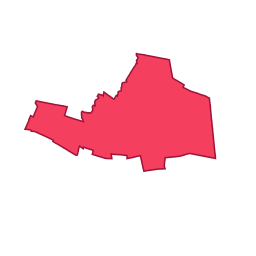 Selaru, Dâmbovita, Romania (Robinson projection), rotated 53°
{"feature_id": "2599482B55350646463650", "entity_name": "Selaru", "entity_type": "district", "adm_level": 2, "iso_a3": "ROU", "parent_name": "Romania", "parent_adm1": "Dâmbovita", "projection": "robinson", "projection_center": [25.307, 44.47], "detail": "fine", "context": "isolated", "style": "filled", "palette": "rose", "viewbox_px": 256, "rotation_deg": 53, "n_neighbors": 0, "source": "geoboundaries", "source_scale": "gbopen_adm2", "svg_char_len": 5493}
<svg xmlns="http://www.w3.org/2000/svg" viewBox="0 0 256 256"><g transform="rotate(53 128 128)"><path d="M93.5,196.1L96.5,194.9L97.6,194.4L98.9,193.8L106.0,190.9L106.0,191.0L106.6,190.7L111.0,189.0L112.9,188.2L116.2,186.9L117.9,186.2L118.0,186.2L118.4,185.9L118.6,185.7L118.7,185.4L119.1,184.8L118.9,184.5L118.6,184.2L118.3,183.8L118.1,183.4L117.7,183.1L117.3,182.7L117.1,182.5L116.6,181.7L116.3,181.4L115.1,180.1L114.4,179.2L114.2,179.0L113.6,178.2L113.3,177.5L113.7,177.4L113.8,177.3L114.1,177.3L114.3,177.2L114.6,177.2L114.9,177.0L115.0,177.0L115.1,176.9L115.8,176.8L117.4,176.4L117.6,176.3L116.5,175.2L124.8,169.3L126.6,171.2L127.5,172.4L131.4,169.6L132.4,168.9L136.2,166.1L137.6,165.1L138.1,164.8L138.2,164.7L138.7,164.3L139.2,163.8L139.5,163.4L140.9,161.7L141.3,161.3L141.6,160.9L141.7,160.6L141.8,160.5L142.4,159.8L142.8,159.4L142.3,159.0L142.0,158.8L141.5,158.6L140.9,158.4L140.5,158.1L140.0,157.8L139.0,157.4L138.6,157.2L139.5,156.2L140.2,155.5L140.6,155.0L141.1,154.5L142.5,152.9L143.4,151.8L143.9,151.2L146.0,148.8L147.0,147.9L147.4,147.5L147.9,147.0L148.1,146.7L148.8,146.0L149.1,145.6L149.4,145.4L150.0,145.8L150.7,146.3L151.0,146.6L151.9,147.2L152.2,146.6L152.5,145.9L153.7,143.4L154.3,142.3L154.5,141.6L154.6,141.3L154.9,140.8L155.0,140.5L155.2,140.0L155.6,139.1L155.7,138.8L156.1,137.9L156.3,137.5L157.0,136.0L157.5,134.8L159.6,135.7L160.3,136.0L164.6,138.0L167.7,139.4L172.1,141.3L172.7,140.1L174.8,136.2L176.0,134.1L176.1,133.7L176.9,132.5L177.6,131.0L177.9,130.7L178.2,130.0L178.6,129.2L180.6,126.3L182.9,122.9L181.1,122.3L180.8,122.2L180.3,121.9L179.9,121.7L176.8,118.8L175.6,117.6L175.1,117.0L174.1,116.1L174.5,115.6L174.7,115.2L175.0,114.8L175.6,113.7L176.0,113.0L176.5,112.3L176.8,111.8L177.2,111.2L177.3,111.0L177.5,110.7L178.5,109.0L179.6,107.4L179.7,107.0L180.3,106.0L180.7,105.4L181.3,104.4L181.7,103.5L182.0,102.9L182.1,102.7L182.3,102.1L182.6,101.4L182.8,100.9L182.9,100.7L183.2,99.8L183.3,99.5L183.5,99.1L183.6,98.7L183.9,97.9L184.3,96.7L185.2,94.7L185.4,94.2L185.5,94.0L185.6,93.9L186.4,93.2L187.3,92.3L187.6,92.1L188.0,91.6L188.5,91.3L189.8,90.1L190.5,89.6L190.6,89.4L192.4,87.7L193.2,87.1L193.8,86.5L195.8,84.7L196.6,84.0L197.5,83.2L198.3,82.5L199.5,81.4L200.8,80.3L201.3,79.8L201.9,79.2L204.3,77.0L204.5,76.9L205.0,76.5L202.5,74.8L199.7,73.3L196.8,71.5L195.1,70.5L190.5,67.7L184.8,64.2L182.2,62.7L179.6,61.0L177.0,59.5L172.1,56.5L171.5,56.2L163.7,51.4L159.0,48.4L157.0,47.4L153.1,45.0L152.3,45.5L150.9,46.1L150.6,46.3L150.1,46.4L148.8,47.0L148.7,47.2L147.2,48.2L144.3,50.3L143.2,51.0L142.8,51.1L140.0,53.1L138.6,54.2L136.9,55.3L136.1,55.9L135.2,56.4L134.1,56.9L132.6,57.6L131.5,58.1L129.0,59.5L128.7,59.6L127.5,57.3L124.8,58.2L116.1,61.9L115.9,61.8L115.2,62.4L110.8,60.2L105.3,57.5L99.5,54.5L98.5,53.9L96.2,55.8L94.3,57.6L82.0,68.7L81.3,69.4L81.1,70.0L80.8,70.0L80.5,70.0L80.2,70.2L77.8,72.5L76.9,73.5L75.0,75.4L74.2,76.1L73.8,76.2L73.6,76.5L73.8,76.8L74.6,77.2L75.0,77.5L75.4,77.4L75.9,77.5L76.3,77.7L76.8,77.5L77.1,77.4L77.4,77.5L78.2,78.1L78.4,78.4L78.6,78.7L78.7,79.3L78.9,79.6L78.8,79.8L78.9,80.1L79.1,80.5L79.7,80.9L81.1,81.4L81.3,81.5L81.7,81.7L81.9,81.8L81.4,82.4L81.3,82.6L81.5,82.9L82.1,83.8L82.3,84.3L82.5,84.7L82.8,85.4L83.1,86.3L83.0,86.5L83.3,87.3L83.5,87.9L84.1,89.3L84.9,91.4L85.2,92.1L85.3,92.4L85.3,92.6L85.7,93.3L86.3,94.9L86.8,95.9L86.8,96.3L88.1,99.3L88.5,100.4L88.7,100.9L89.7,100.9L90.2,101.0L90.4,101.2L90.4,101.4L90.3,101.7L88.8,104.5L88.6,105.0L88.8,105.8L89.2,106.4L91.0,107.9L91.5,108.8L91.8,109.4L92.2,109.7L92.9,110.0L93.4,110.4L94.2,111.3L93.6,112.4L93.4,112.7L93.4,113.0L93.2,113.4L93.2,113.7L93.3,114.3L93.7,114.6L94.6,115.3L95.4,116.5L95.9,117.1L96.0,117.3L95.5,117.3L95.2,117.5L94.9,117.7L95.5,119.2L95.6,119.4L95.8,119.9L96.2,120.8L96.5,121.6L96.5,121.8L96.3,122.0L94.8,122.5L92.5,123.2L91.4,123.5L91.1,123.7L90.2,124.0L84.8,125.6L87.4,128.5L86.9,128.5L86.0,129.1L85.7,129.1L85.1,129.5L84.9,129.8L83.4,131.0L83.2,131.2L83.4,131.5L83.6,132.0L84.2,133.4L84.7,133.2L85.3,133.2L85.6,133.3L85.8,133.5L86.0,133.4L86.3,133.3L86.3,134.0L86.5,134.6L86.5,135.1L86.4,135.5L86.3,135.8L86.1,137.2L86.6,138.1L87.0,138.7L87.6,139.2L88.1,139.6L88.6,139.8L88.7,140.0L89.0,140.1L89.6,140.3L90.2,140.6L90.4,140.9L90.5,141.3L90.2,141.3L89.7,141.6L89.1,141.8L88.9,142.0L89.1,142.5L89.3,143.0L89.5,143.6L89.8,144.0L90.3,144.0L91.0,144.4L91.6,144.8L91.9,145.2L92.2,145.5L92.7,145.7L93.0,146.2L93.3,146.9L93.2,147.3L93.3,147.5L93.5,148.5L93.6,148.8L93.5,149.1L93.4,149.2L93.2,149.3L92.8,149.6L92.9,149.8L92.8,150.0L92.3,150.2L92.0,150.3L91.8,150.7L91.8,151.1L91.7,151.2L91.6,151.3L90.9,151.6L90.6,151.8L89.6,152.9L89.6,153.1L89.2,153.3L88.5,153.8L87.9,154.1L87.6,154.2L87.4,154.2L87.4,154.6L87.2,154.9L87.3,155.2L87.4,155.5L87.7,155.9L88.6,156.6L89.8,157.4L90.0,157.6L91.0,158.1L92.2,159.0L92.6,158.9L93.4,158.9L94.2,159.1L95.2,159.6L96.0,159.9L88.2,165.6L83.9,168.6L79.9,171.2L76.3,166.3L74.5,163.8L73.2,164.9L72.3,165.7L71.9,166.1L71.0,166.6L70.5,167.4L67.6,170.0L66.2,171.5L64.9,172.6L64.2,173.3L63.3,174.0L58.7,178.2L51.0,185.0L52.3,187.0L56.3,187.3L57.0,188.4L60.0,193.5L60.8,194.9L62.1,197.0L59.5,198.3L60.8,200.5L61.1,201.0L61.2,201.3L61.4,201.6L61.8,202.2L62.0,202.2L62.8,203.4L64.8,207.0L65.5,208.3L66.4,209.9L67.0,211.0L68.9,209.0L69.2,208.7L69.7,208.1L70.8,207.1L71.0,207.0L71.6,207.0L72.4,207.2L72.5,207.0L73.1,206.4L73.9,205.5L74.7,204.7L75.0,204.4L75.9,203.9L77.8,202.9L78.6,202.5L78.8,202.4L79.0,202.3L79.1,202.2L84.4,199.3L89.6,196.6L90.4,196.2L92.8,195.0L93.5,196.1Z" fill="#f43f5e" stroke="#9f1239" stroke-width="1.5"/></g></svg>